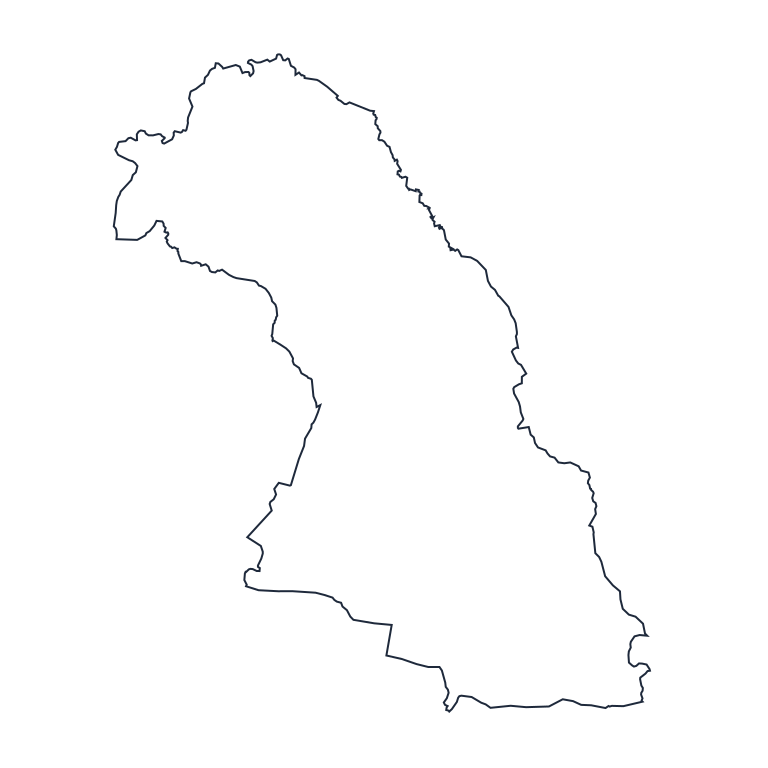 Asene Akroso Manso, Eastern, Ghana, rotated 3°
{"feature_id": "2480657B68278489034036", "entity_name": "Asene Akroso Manso", "entity_type": "district", "adm_level": 2, "iso_a3": "GHA", "parent_name": "Ghana", "parent_adm1": "Eastern", "projection": "orthographic", "projection_center": [-0.832, 5.854], "detail": "fine", "context": "isolated", "style": "outline", "palette": "slate", "viewbox_px": 768, "rotation_deg": 3, "n_neighbors": 0, "source": "geoboundaries", "source_scale": "gbopen_adm2", "svg_char_len": 6109}
<svg xmlns="http://www.w3.org/2000/svg" viewBox="0 0 768 768"><g transform="rotate(3 384 384)"><path d="M507.3,701.8L527.3,698.7L542.8,699.3L565.6,697.4L579.0,689.5L589.4,690.8L597.7,694.1L607.7,694.0L622.2,696.0L625.1,693.8L626.2,694.3L628.4,693.5L639.9,693.2L658.8,687.7L657.8,686.8L658.6,684.4L657.0,680.7L657.1,678.9L658.3,676.8L658.4,674.0L656.8,671.7L655.2,665.4L655.3,663.8L660.3,659.5L662.2,656.9L664.6,656.4L664.1,654.8L660.9,650.4L656.4,649.7L653.3,649.7L650.7,652.3L648.4,653.1L646.6,652.1L643.2,649.4L642.3,641.9L642.5,638.2L644.2,634.3L643.6,630.9L644.0,628.5L647.4,622.9L652.4,621.3L660.0,621.6L657.7,619.5L655.2,609.8L647.4,603.2L640.6,601.5L634.2,596.0L631.4,586.7L630.5,578.7L623.1,573.1L614.9,564.4L610.4,550.2L607.9,545.5L603.9,541.9L601.0,523.0L601.2,521.2L599.6,515.6L596.4,514.6L602.4,502.7L601.4,497.9L602.5,494.9L601.5,491.7L599.1,490.2L597.9,486.9L599.1,482.1L598.4,480.6L596.5,479.1L596.2,477.9L595.3,477.7L594.4,474.2L592.8,472.4L593.0,469.8L594.5,466.7L592.8,461.7L585.3,460.1L582.7,456.0L574.1,452.6L568.2,453.7L562.2,453.2L558.2,448.6L553.6,447.6L550.9,444.8L548.9,441.8L541.1,439.3L537.9,435.0L536.4,429.5L533.1,426.9L530.8,419.4L520.6,421.6L520.0,420.9L519.9,419.3L524.4,413.2L525.0,411.6L522.1,405.2L521.0,399.3L519.5,395.0L514.4,386.7L513.4,382.0L514.2,380.3L518.8,377.2L521.6,376.1L521.3,369.6L525.5,366.2L519.8,357.7L517.0,356.5L514.5,353.6L510.0,345.1L511.2,342.8L514.5,340.7L516.0,340.9L513.2,329.5L514.1,327.2L514.0,325.1L512.3,316.4L510.6,312.7L507.6,308.8L504.3,300.5L494.6,290.4L493.5,289.9L489.9,284.2L485.7,281.1L482.4,275.6L479.7,264.8L470.6,256.2L463.9,253.0L454.7,252.4L451.2,246.4L450.0,245.8L448.1,247.3L446.4,246.1L443.5,246.9L443.2,245.2L444.6,244.9L441.5,243.4L441.6,240.4L438.1,236.5L436.0,228.0L435.5,226.8L434.1,225.9L433.7,224.2L432.5,224.0L432.2,225.6L431.3,226.1L430.7,225.1L431.7,223.1L431.4,222.4L426.4,223.8L425.6,221.0L426.0,219.3L424.0,217.8L423.9,216.6L424.7,214.9L422.7,216.0L421.7,214.8L423.2,213.5L419.8,207.9L420.2,206.6L419.1,206.5L420.0,205.5L416.8,204.0L414.9,204.0L413.2,201.5L409.8,200.4L409.7,193.9L410.0,193.4L411.4,193.4L411.5,192.0L409.7,191.0L409.5,190.0L408.3,189.9L408.5,188.4L405.7,188.0L405.6,189.8L400.3,188.3L399.0,188.9L398.7,187.7L397.9,187.7L395.8,185.0L396.4,176.8L394.6,175.9L391.0,177.2L390.5,176.3L389.0,176.0L388.0,174.2L386.5,173.9L386.6,171.0L387.8,170.3L389.3,170.8L389.7,169.3L385.6,163.4L385.9,160.7L385.1,159.3L383.0,160.6L382.7,159.1L381.0,157.3L380.6,155.0L378.8,152.1L377.1,146.9L374.6,145.9L371.7,142.0L369.2,140.6L366.5,140.8L365.5,139.6L366.4,134.9L367.3,133.2L367.1,131.6L364.4,128.9L364.2,126.9L361.7,124.9L361.8,121.1L362.7,119.8L362.8,118.5L361.8,117.9L361.1,115.8L359.6,115.6L359.1,114.5L359.7,112.0L355.8,111.8L334.8,104.6L331.8,106.5L329.8,106.4L325.7,103.4L323.6,102.7L321.6,100.5L322.8,98.7L311.7,90.1L303.2,84.7L301.1,83.8L288.7,82.6L288.5,80.7L286.2,79.8L285.4,80.1L282.8,77.4L279.4,79.9L279.2,74.3L277.8,72.7L274.4,71.1L271.9,64.4L270.7,64.0L268.4,66.0L266.4,65.9L264.0,61.1L262.7,60.3L260.9,60.4L260.0,61.0L259.2,64.7L253.0,68.0L250.5,66.2L243.9,69.2L240.6,69.7L238.9,69.4L234.7,67.2L232.4,67.9L231.4,69.2L231.3,70.5L234.8,72.0L236.1,73.4L237.4,78.3L237.0,80.6L234.4,83.5L233.5,82.7L233.2,80.3L232.3,79.5L228.9,79.8L226.4,80.9L223.4,74.6L219.3,73.2L206.9,77.4L205.8,75.8L201.9,72.6L199.2,72.5L198.6,77.1L195.8,78.3L193.8,80.1L192.0,84.5L189.2,87.4L188.5,93.1L186.9,93.8L180.7,99.2L176.0,101.8L175.4,102.8L174.4,109.1L178.2,117.0L174.4,128.1L174.2,131.6L174.6,133.5L173.4,140.4L172.6,141.5L170.1,141.0L169.0,142.9L167.8,143.6L161.8,142.5L160.8,144.0L161.1,146.8L159.6,150.7L151.9,155.4L150.3,155.0L149.4,152.9L152.1,150.0L152.1,149.4L149.4,148.1L147.9,146.4L145.6,146.2L140.3,147.8L135.9,148.0L133.1,146.4L131.8,144.1L127.9,143.5L125.7,144.9L124.1,147.6L124.6,153.4L123.1,153.7L118.2,151.3L115.9,151.9L113.2,155.0L106.8,156.1L105.9,157.2L104.9,161.2L103.4,164.1L106.5,169.1L117.7,173.9L121.4,174.7L123.9,176.4L126.4,179.3L125.1,185.6L122.2,188.5L121.0,193.5L111.0,205.6L110.1,208.9L108.9,211.0L107.6,215.2L107.2,219.4L107.1,227.3L105.9,240.7L108.1,242.9L108.7,244.7L109.4,249.2L109.2,253.4L130.0,253.0L137.9,248.1L138.8,245.7L142.0,243.6L146.3,237.8L148.3,233.0L154.1,233.3L155.5,235.4L155.7,237.6L157.8,239.6L156.8,243.4L158.6,244.2L160.0,243.9L160.7,244.9L160.7,246.3L158.1,249.6L160.3,251.7L159.6,253.2L160.5,254.9L163.0,257.8L164.1,258.0L165.4,259.3L167.6,258.5L169.8,259.8L171.0,259.8L170.8,262.0L171.7,262.9L171.8,264.5L175.1,271.9L178.6,271.7L186.2,273.7L190.4,272.2L193.8,273.2L194.9,274.2L195.2,275.5L199.7,273.8L202.6,276.0L204.3,280.2L206.3,281.2L209.7,281.4L212.0,279.3L213.5,279.7L216.3,278.3L223.5,283.1L228.0,285.1L231.2,286.0L249.5,287.9L251.7,289.2L254.0,292.3L255.9,292.6L260.7,295.1L264.2,299.1L266.9,303.6L267.9,307.2L271.4,310.4L272.6,313.6L273.8,321.4L272.8,323.0L272.5,325.5L271.6,326.4L271.6,328.6L270.2,330.2L269.8,340.0L269.2,341.8L270.6,344.0L270.3,346.6L270.6,347.0L271.6,346.4L278.8,350.3L284.3,353.5L287.8,356.6L291.8,363.2L291.6,365.9L293.0,369.1L298.4,372.4L301.0,377.6L307.0,380.6L307.8,381.8L310.8,382.6L311.7,383.6L314.2,400.1L317.2,406.3L317.9,410.5L321.5,408.4L319.5,415.8L317.0,423.2L315.5,426.3L313.8,428.1L313.7,431.8L308.0,442.7L307.4,450.1L302.9,463.4L296.3,489.9L295.3,490.4L284.1,488.2L279.9,494.6L282.0,500.0L279.9,504.9L276.7,507.7L276.1,509.8L278.5,516.3L255.5,544.2L269.5,552.2L271.7,557.8L271.8,559.7L270.6,564.8L267.6,571.9L267.7,573.2L269.6,574.3L269.5,577.3L266.7,577.4L262.6,575.7L260.2,575.6L258.7,576.2L256.0,579.1L255.6,578.9L255.0,580.4L254.8,587.1L257.4,591.6L256.8,593.2L269.5,596.5L289.1,596.5L303.2,595.7L326.6,596.0L335.5,597.8L343.8,600.0L345.7,602.2L348.3,603.8L352.6,604.7L354.2,608.4L358.8,611.8L362.5,618.0L365.8,621.1L386.7,623.5L404.3,624.2L400.6,655.0L416.2,657.7L431.2,662.0L443.0,664.3L454.2,663.7L456.8,667.1L460.8,679.0L461.5,683.2L463.8,685.9L464.7,689.0L463.2,694.5L460.4,698.9L461.7,701.2L464.4,702.3L463.5,703.7L463.2,706.3L465.6,706.8L466.3,707.7L468.8,705.1L473.4,697.7L474.5,693.4L475.6,691.8L477.6,691.2L487.9,692.0L497.8,697.2L502.3,698.6L507.3,701.8Z" fill="none" stroke="#1e293b" stroke-width="2"/></g></svg>